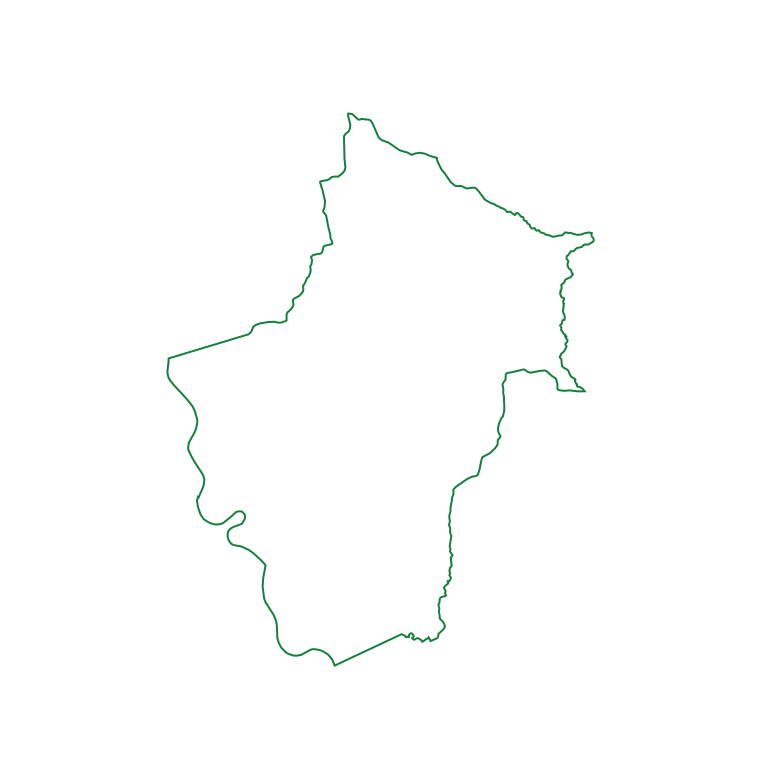 La Unión, Valle del Cauca, Colombia, rotated 137°
{"feature_id": "7082276B77686816472796", "entity_name": "La Unión", "entity_type": "district", "adm_level": 2, "iso_a3": "COL", "parent_name": "Colombia", "parent_adm1": "Valle del Cauca", "projection": "robinson", "projection_center": [-76.127, 4.537], "detail": "fine", "context": "isolated", "style": "outline", "palette": "green", "viewbox_px": 768, "rotation_deg": 137, "n_neighbors": 0, "source": "geoboundaries", "source_scale": "gbopen_adm2", "svg_char_len": 6166}
<svg xmlns="http://www.w3.org/2000/svg" viewBox="0 0 768 768"><g transform="rotate(137 384 384)"><path d="M191.9,474.9L192.9,476.5L196.4,479.7L196.9,480.9L197.5,486.2L195.9,496.8L195.7,501.6L193.9,507.7L192.4,511.8L191.1,513.3L194.7,519.2L196.9,524.3L199.7,528.3L203.6,531.1L207.5,532.8L209.0,537.3L212.7,543.4L213.5,545.4L216.1,557.7L218.9,562.9L219.8,566.3L219.6,568.2L218.7,571.1L215.0,581.4L214.2,584.4L214.1,585.8L214.9,587.7L219.5,593.0L221.7,594.1L222.5,595.0L223.1,602.9L225.5,606.1L226.1,606.0L227.4,604.6L231.7,596.8L233.6,594.9L237.0,592.9L241.4,593.2L244.3,592.5L259.4,575.5L264.3,569.0L266.3,567.5L268.2,566.7L270.8,566.5L276.0,566.9L278.7,569.4L281.1,571.0L284.1,571.1L286.3,571.7L291.6,575.2L292.5,575.5L293.2,575.1L297.5,566.4L302.3,558.0L307.1,553.8L310.6,552.0L311.0,551.2L311.4,546.7L317.6,536.9L321.3,530.1L323.6,527.3L324.5,524.6L325.5,522.5L326.1,522.0L326.9,522.0L333.3,525.6L334.8,525.6L338.7,522.9L341.0,522.4L346.7,526.0L348.3,526.7L350.5,526.7L350.9,526.6L351.9,524.1L353.0,522.9L355.8,520.8L357.7,520.4L360.0,517.2L362.3,515.5L365.9,513.8L368.0,514.0L373.3,511.6L376.3,511.0L378.3,508.4L380.0,507.0L382.1,506.5L386.1,506.3L391.8,507.8L393.0,507.7L393.7,507.2L396.2,503.7L397.5,502.9L401.3,502.1L405.9,502.2L407.9,501.2L411.9,497.0L412.5,496.9L417.6,499.2L420.0,501.5L421.4,503.9L422.4,504.9L426.3,508.2L433.8,513.1L437.2,514.5L440.3,515.1L445.2,512.9L446.6,512.6L449.5,512.9L524.1,549.6L526.6,547.0L533.3,541.4L535.8,538.4L537.2,535.6L537.9,533.0L538.4,526.4L538.5,509.2L539.0,500.6L539.5,497.3L541.1,492.7L544.8,485.4L547.3,482.7L552.3,479.3L556.1,477.6L566.5,474.3L570.5,471.2L571.7,469.7L572.7,467.2L574.1,462.6L575.4,457.6L577.9,443.4L578.7,440.2L580.0,437.4L582.0,435.3L584.5,433.3L587.6,431.5L597.0,427.5L597.1,428.3L600.3,426.3L603.8,421.2L607.1,413.9L608.1,408.1L606.9,403.5L605.7,400.2L604.0,397.3L601.2,394.4L598.7,392.9L596.2,392.0L587.2,391.3L579.5,391.2L577.6,390.3L575.9,388.9L574.9,387.3L574.8,383.9L575.7,382.1L577.8,380.3L582.6,378.8L584.2,379.0L591.5,382.1L594.5,382.9L597.0,382.8L598.8,382.3L601.5,380.2L603.4,377.4L604.2,375.0L604.7,372.3L604.4,370.2L603.5,368.3L599.4,362.9L598.4,360.8L596.1,354.9L595.4,352.0L594.8,348.2L594.1,339.2L594.1,333.5L594.4,332.1L604.5,324.6L610.7,318.9L617.5,309.5L618.9,306.8L619.6,304.4L622.2,290.4L624.2,285.1L625.9,282.0L627.7,279.7L635.4,270.7L637.6,266.2L638.9,261.5L638.9,257.4L638.7,254.0L638.2,252.4L635.9,247.8L633.4,245.0L629.3,242.4L618.9,239.7L616.9,238.6L615.3,237.0L613.4,234.6L611.9,232.2L610.7,229.4L609.4,224.3L609.8,218.0L612.1,211.7L541.9,189.1L540.5,186.0L540.3,184.9L540.7,184.4L540.0,183.3L539.3,183.2L538.4,182.0L536.7,183.5L534.7,183.5L533.8,182.8L533.6,181.8L534.2,179.4L534.6,179.0L536.7,179.0L536.9,178.5L536.4,176.4L533.1,175.5L532.2,174.4L531.3,170.5L531.8,169.4L530.2,168.9L526.6,168.7L525.3,167.8L524.2,168.2L524.8,165.3L525.3,164.2L518.6,161.9L517.6,161.9L516.7,162.3L514.4,164.1L507.5,164.1L505.3,164.8L504.6,165.5L503.8,166.9L503.1,169.4L503.0,171.7L503.3,172.9L503.1,174.3L500.2,178.2L499.3,180.0L496.5,182.2L494.8,185.5L492.8,186.1L490.2,188.5L488.9,189.1L487.2,189.0L484.1,187.2L482.7,187.1L482.2,189.2L480.0,190.6L479.2,194.2L477.2,194.6L473.0,194.4L472.6,194.6L472.3,195.8L471.8,196.4L470.7,195.3L470.2,195.3L467.5,196.4L467.0,197.1L466.6,199.5L465.8,200.1L464.7,200.3L464.3,201.7L463.4,202.9L461.0,204.5L458.4,205.0L453.8,211.2L453.4,211.6L451.0,211.8L450.5,212.7L450.2,215.8L449.8,216.8L448.2,217.7L446.6,220.6L438.4,226.9L437.1,230.1L433.8,233.6L432.6,236.6L429.4,238.7L427.4,241.7L425.7,243.4L422.4,245.4L418.6,249.2L414.0,252.3L412.1,254.2L409.1,255.7L407.7,256.7L405.5,259.2L404.8,259.6L400.6,259.7L388.0,257.8L382.9,256.3L380.6,254.6L378.3,253.6L377.3,253.6L372.3,256.4L364.7,261.9L361.9,263.4L354.4,261.3L351.5,261.1L346.1,261.3L342.4,262.2L338.8,265.5L335.1,265.9L334.5,266.4L333.6,269.6L332.1,272.5L331.0,273.7L327.1,276.5L321.6,279.0L319.4,279.1L314.6,282.2L311.0,285.8L307.4,290.3L305.5,292.1L302.8,296.4L300.9,298.0L297.7,302.7L296.1,303.5L292.2,304.3L288.2,308.1L286.3,308.0L282.4,305.3L272.2,299.7L271.3,298.3L270.5,294.6L269.0,292.2L261.5,287.6L257.4,284.5L256.7,283.3L256.1,280.8L255.8,275.8L254.6,270.7L257.2,265.7L260.5,262.2L260.6,260.7L256.9,256.1L252.3,252.5L249.1,248.5L246.0,245.2L242.2,241.8L242.0,244.9L242.7,248.0L242.9,248.6L244.1,249.8L244.3,250.9L243.8,251.7L243.1,251.9L243.0,252.7L243.2,253.3L242.5,255.7L242.1,256.2L241.3,256.3L240.9,257.0L242.1,261.7L241.7,264.0L240.2,267.8L240.1,269.2L241.5,273.5L241.6,275.7L237.4,281.2L237.3,283.0L236.9,284.2L235.2,284.4L233.8,285.2L230.2,285.0L226.1,286.4L224.7,287.2L224.5,289.0L223.9,289.7L221.5,289.8L219.8,290.8L219.7,293.6L218.5,293.9L218.1,294.4L219.0,295.5L217.8,296.7L218.3,297.5L218.4,298.6L217.7,300.5L217.6,302.8L215.8,304.1L215.4,306.5L214.9,306.9L213.1,306.7L210.0,308.8L208.1,307.9L206.5,309.3L204.8,311.7L204.2,314.1L203.4,315.4L199.9,318.0L197.9,320.4L198.0,319.1L197.5,320.1L197.6,320.9L197.0,321.6L196.0,322.6L194.1,323.4L193.9,324.4L194.8,325.8L194.9,326.9L193.3,330.4L191.8,330.7L191.3,332.0L190.0,332.1L188.0,333.6L186.9,335.4L186.2,335.7L183.2,335.3L180.8,336.4L179.6,336.5L174.5,334.8L170.9,335.4L170.8,337.3L169.5,339.9L170.0,342.2L169.3,344.7L168.2,346.5L165.6,347.9L165.3,348.7L165.0,351.3L163.2,352.8L160.9,352.7L156.8,353.7L155.3,352.1L154.3,351.7L152.0,352.0L150.1,351.8L146.0,349.4L142.3,349.4L140.2,347.2L139.3,346.6L134.4,345.5L132.4,346.1L131.7,347.3L131.2,350.8L130.1,352.1L129.1,352.6L131.0,355.3L135.0,357.7L137.6,358.7L141.1,361.4L144.1,366.6L148.3,371.4L151.2,371.1L153.2,371.8L155.6,373.8L157.9,374.9L160.0,376.4L162.1,380.7L164.0,383.0L164.1,384.8L166.1,388.3L165.9,390.9L166.5,391.5L167.6,391.8L168.1,392.8L167.6,395.4L169.6,396.6L170.1,398.3L168.9,401.2L169.5,403.4L169.3,404.9L168.7,405.7L169.9,407.8L169.6,409.4L168.6,410.3L168.6,411.7L169.6,412.9L169.7,413.8L169.4,415.2L169.5,417.2L170.3,418.6L170.8,418.8L173.0,418.3L173.7,420.3L174.1,423.9L176.7,425.7L176.5,428.1L176.9,430.0L177.5,431.8L178.6,433.5L179.1,435.8L180.4,438.6L180.7,440.7L182.2,442.7L184.4,449.6L184.6,450.8L184.3,451.2L183.3,460.7L183.3,464.5L184.2,466.0L185.2,467.1L189.7,470.2L190.7,471.6L191.9,474.9Z" fill="none" stroke="#15803d" stroke-width="2"/></g></svg>